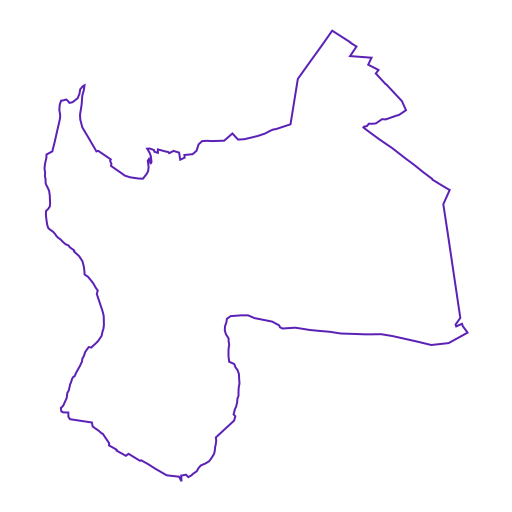 the district of Atzala, Puebla, Mexico
{"feature_id": "50627088B72086785897406", "entity_name": "Atzala", "entity_type": "district", "adm_level": 2, "iso_a3": "MEX", "parent_name": "Mexico", "parent_adm1": "Puebla", "projection": "natural_earth1", "projection_center": [-98.548, 18.547], "detail": "fine", "context": "isolated", "style": "outline", "palette": "violet", "viewbox_px": 512, "rotation_deg": 0, "n_neighbors": 0, "source": "geoboundaries", "source_scale": "gbopen_adm2", "svg_char_len": 3750}
<svg xmlns="http://www.w3.org/2000/svg" viewBox="0 0 512 512"><path d="M181.5,481.3L181.2,475.6L186.0,474.7L188.4,477.1L191.2,475.5L193.3,473.6L196.7,471.3L198.5,468.1L200.9,465.4L205.4,463.5L209.2,461.2L211.7,457.7L214.1,453.8L214.8,450.7L215.1,447.2L215.8,444.1L216.2,440.9L215.9,437.4L234.1,420.6L235.3,416.3L233.6,414.3L235.0,408.9L236.0,407.0L237.1,402.7L237.4,398.8L238.5,395.7L238.5,391.0L238.8,387.1L239.5,383.6L239.2,379.7L238.9,373.9L237.5,370.0L235.5,367.4L234.3,364.1L232.0,363.0L229.2,361.8L228.5,356.3L228.5,349.7L229.2,344.3L228.6,341.5L228.6,338.4L226.0,334.4L224.8,330.5L225.0,326.3L226.5,321.9L226.9,318.8L230.7,316.1L241.7,315.3L248.0,315.3L254.5,318.1L272.2,321.6L279.2,325.4L280.0,327.3L282.4,328.5L295.4,327.7L310.0,330.0L319.3,330.9L330.0,331.8L340.6,333.5L364.6,334.3L373.4,334.3L381.2,334.2L392.2,336.0L417.2,341.6L431.3,345.0L448.6,343.1L467.5,332.7L467.3,332.2L462.8,326.2L462.0,323.8L456.2,326.4L455.7,324.9L455.6,324.5L459.2,319.5L460.3,317.9L447.7,233.0L443.3,204.2L449.7,190.0L449.3,189.8L444.0,186.7L432.5,179.7L432.2,178.9L422.6,171.7L414.2,164.9L406.1,158.9L392.2,148.1L380.0,139.8L370.8,133.1L363.4,127.5L363.9,126.7L366.9,126.1L368.9,123.7L372.1,123.8L375.9,123.4L382.0,119.2L385.7,119.4L396.5,115.6L398.9,115.0L406.0,110.2L401.9,101.1L386.5,84.6L386.1,84.3L385.7,84.2L375.8,73.5L378.5,70.0L368.2,64.7L371.5,57.7L350.1,56.1L356.5,46.5L350.5,42.8L350.5,42.4L332.2,30.7L322.6,44.4L311.4,59.9L298.2,78.4L297.8,79.1L290.5,124.3L279.6,127.9L276.9,128.8L275.6,129.2L273.6,129.4L270.3,130.7L265.4,133.4L257.7,136.0L250.3,137.8L244.3,139.2L238.1,139.6L232.4,133.5L224.2,140.7L211.3,141.1L207.4,140.8L202.1,141.1L198.6,144.4L196.5,150.8L192.6,154.2L184.4,155.0L184.5,155.7L184.6,157.7L180.2,159.7L179.1,152.6L173.5,150.9L169.2,153.2L168.2,152.0L165.2,151.4L157.9,149.4L157.9,152.8L154.5,151.8L153.9,150.0L149.6,148.5L147.2,148.7L149.7,152.9L150.8,156.1L151.5,161.9L151.0,163.1L150.6,163.3L149.0,158.9L147.8,160.6L148.6,167.0L148.2,171.0L146.7,173.9L142.9,178.7L138.3,178.5L130.1,177.3L125.0,175.7L111.0,165.9L111.4,163.8L110.1,160.9L110.8,159.4L107.0,156.8L98.3,150.9L96.4,151.4L94.2,147.5L87.4,135.9L82.3,127.3L82.0,126.2L81.0,122.3L80.3,119.7L80.0,114.8L80.5,111.6L81.6,104.8L82.3,95.6L83.9,89.9L84.5,85.3L82.9,86.2L80.2,89.3L79.4,94.0L77.6,98.3L72.5,102.2L69.5,102.9L67.9,100.9L66.2,99.5L63.3,100.4L61.1,100.7L59.8,104.5L59.3,109.9L60.2,115.1L60.0,118.4L59.1,122.6L57.3,130.3L54.7,141.9L52.3,151.4L46.5,154.5L46.4,157.7L45.2,162.9L44.8,165.5L44.5,168.4L44.8,170.7L45.2,172.9L44.9,174.7L45.1,177.1L45.6,179.5L45.6,183.0L46.1,184.6L47.8,187.9L49.1,190.8L49.6,194.5L49.9,195.9L49.8,197.6L50.0,199.8L50.1,203.5L49.8,206.5L48.2,208.9L46.0,211.1L45.9,215.3L46.6,221.0L47.3,225.2L48.4,228.3L50.7,230.1L53.1,231.8L55.2,234.1L56.4,236.0L58.2,237.8L59.7,238.8L60.9,239.8L62.9,241.9L65.5,244.2L68.6,245.5L69.7,247.2L70.9,248.1L74.0,250.3L74.4,251.0L74.1,251.6L79.1,256.1L81.1,259.2L82.4,261.2L83.8,266.4L84.5,271.9L84.5,274.2L85.5,275.2L86.7,275.9L87.8,276.6L89.5,278.6L90.6,279.9L92.0,281.7L93.6,283.9L95.5,287.4L97.7,290.5L96.8,294.0L102.2,310.1L103.0,312.9L103.7,315.9L103.8,318.6L103.9,325.1L103.4,329.0L102.8,330.6L102.3,332.6L101.6,335.9L98.2,340.9L95.9,343.3L92.2,346.6L91.4,347.5L88.7,347.1L86.7,349.8L85.0,352.4L84.2,355.3L82.3,358.9L82.0,361.5L79.9,366.0L77.6,370.1L75.9,373.2L74.7,376.1L73.0,377.2L71.9,379.4L71.0,382.4L70.1,384.4L69.4,387.8L68.8,390.4L67.4,392.8L66.7,398.0L63.2,405.7L60.8,408.1L61.4,411.5L63.4,412.4L68.3,412.5L68.4,416.8L70.0,419.2L91.9,422.5L92.7,426.6L98.4,430.5L102.0,433.6L102.7,433.7L109.2,443.3L109.0,445.4L116.6,449.7L116.5,450.6L125.9,455.8L128.5,453.8L140.0,460.8L141.2,460.3L148.4,464.3L155.1,468.6L166.7,475.3L179.0,476.7L181.5,481.3Z" fill="none" stroke="#5b21b6" stroke-width="2"/></svg>